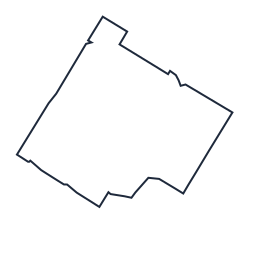 Cherokee, Georgia, United States of America, rotated 31°
{"feature_id": "52423323B87782711377512", "entity_name": "Cherokee", "entity_type": "district", "adm_level": 2, "iso_a3": "USA", "parent_name": "United States of America", "parent_adm1": "Georgia", "projection": "robinson", "projection_center": [-84.463, 34.243], "detail": "fine", "context": "isolated", "style": "outline", "palette": "slate", "viewbox_px": 256, "rotation_deg": 31, "n_neighbors": 0, "source": "geoboundaries", "source_scale": "gbopen_adm2", "svg_char_len": 627}
<svg xmlns="http://www.w3.org/2000/svg" viewBox="0 0 256 256"><g transform="rotate(31 128 128)"><path d="M209.3,83.2L209.5,60.9L154.9,61.1L151.4,64.7L146.9,61.1L141.8,58.0L134.6,57.4L134.6,61.2L77.7,60.7L77.6,45.8L49.0,45.6L48.7,73.5L52.6,73.5L48.7,77.5L48.8,135.5L47.2,147.6L46.5,208.0L59.7,208.4L60.7,207.8L61.1,206.3L75.2,208.8L82.0,209.0L95.5,209.3L102.2,209.4L104.9,207.8L117.3,209.8L144.1,210.4L144.2,200.3L144.3,193.1L147.1,193.6L160.2,188.3L166.9,186.0L167.5,179.5L171.1,160.2L180.9,155.6L199.6,155.6L209.1,155.7L209.0,145.3L209.1,130.8L209.1,106.0L209.3,83.2Z" fill="none" stroke="#1e293b" stroke-width="2"/></g></svg>